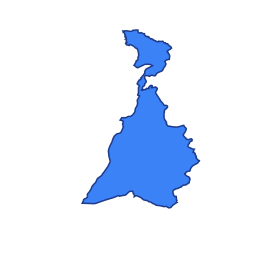 Lampung Barat, Lampung, Indonesia, rotated 65°
{"feature_id": "22746128B74428971192525", "entity_name": "Lampung Barat", "entity_type": "district", "adm_level": 2, "iso_a3": "IDN", "parent_name": "Indonesia", "parent_adm1": "Lampung", "projection": "equal_earth", "projection_center": [104.16, -5.077], "detail": "fine", "context": "isolated", "style": "filled", "palette": "blue", "viewbox_px": 256, "rotation_deg": 65, "n_neighbors": 0, "source": "geoboundaries", "source_scale": "gbopen_adm2", "svg_char_len": 5596}
<svg xmlns="http://www.w3.org/2000/svg" viewBox="0 0 256 256"><g transform="rotate(65 128 128)"><path d="M92.1,81.6L91.6,80.1L91.0,79.5L90.5,78.3L90.6,72.9L90.1,72.0L88.4,69.8L87.4,67.9L86.9,67.6L86.5,66.9L85.9,66.5L84.2,66.4L83.3,66.6L83.0,66.3L82.7,65.0L82.8,62.9L83.3,61.6L80.4,59.8L79.6,59.6L79.0,59.5L77.2,59.9L76.8,59.9L76.4,59.6L76.1,59.7L75.6,60.3L75.2,60.3L75.0,60.1L74.6,58.8L74.5,57.8L74.6,56.9L74.3,56.2L74.1,54.9L72.9,54.7L71.8,55.4L71.1,55.5L69.9,56.4L68.4,56.4L67.7,57.9L66.5,58.1L65.9,59.4L64.1,59.8L63.0,62.7L62.4,63.2L62.7,63.6L62.3,64.0L62.5,64.5L62.3,64.8L61.4,65.9L60.8,66.0L60.2,66.9L59.3,67.3L59.2,67.7L58.9,67.7L58.1,68.0L58.1,68.4L57.1,68.8L57.0,69.3L56.8,69.9L56.2,70.0L55.7,70.5L55.4,70.5L55.1,70.7L54.5,70.8L54.3,70.6L53.8,70.9L53.8,71.5L53.2,71.7L53.0,72.8L52.6,73.1L51.9,73.0L50.8,73.8L49.5,73.2L49.1,74.1L47.2,75.7L47.0,76.3L47.1,76.9L46.6,77.6L45.8,78.2L44.5,78.2L44.0,77.8L43.4,77.6L42.4,79.7L42.2,81.1L41.6,81.8L41.5,82.3L41.9,83.3L41.8,84.1L41.2,85.4L39.4,88.0L37.9,91.7L39.1,91.6L39.4,91.2L39.6,91.6L39.7,91.4L40.2,91.1L40.8,91.1L42.1,91.4L42.3,91.2L42.6,91.4L42.9,91.3L43.1,91.5L43.3,91.3L43.6,91.4L43.8,91.8L44.0,91.5L44.4,91.9L44.5,91.7L44.9,91.5L45.1,91.7L45.8,91.8L46.0,92.1L46.3,92.0L46.4,92.4L46.6,92.0L47.4,92.1L47.7,92.5L48.1,92.7L48.7,92.8L48.8,92.9L49.3,93.1L49.6,93.7L50.0,93.7L50.1,93.4L50.5,94.4L51.0,94.0L51.9,94.3L52.9,93.0L53.0,92.5L53.5,92.4L53.7,92.0L53.6,91.3L53.2,90.8L53.5,90.4L56.6,88.1L58.4,87.5L59.4,86.8L59.7,86.1L62.9,86.4L66.6,87.5L68.4,89.3L70.1,89.8L70.5,90.5L70.6,91.0L70.4,92.0L71.2,92.5L72.1,93.6L72.9,94.7L73.8,96.1L74.4,95.6L75.7,95.1L77.5,93.9L77.5,88.0L77.4,86.1L77.5,85.6L78.9,82.5L79.9,80.8L81.9,79.5L82.3,86.9L83.6,88.7L85.3,89.7L85.6,89.7L85.9,90.7L86.4,91.4L87.1,93.1L87.8,94.3L88.1,95.3L88.6,95.0L89.1,95.5L89.5,96.6L89.5,96.9L89.2,97.4L89.6,98.2L90.2,99.2L91.7,101.0L92.9,100.7L93.5,100.2L94.8,99.9L95.1,100.1L95.5,101.0L95.9,101.5L100.4,103.6L102.2,105.3L102.6,105.2L103.0,104.8L103.5,103.9L103.9,104.0L106.7,107.9L109.8,108.9L110.3,109.4L111.2,109.9L113.7,113.3L116.2,114.9L116.6,115.4L117.7,117.5L118.3,119.0L118.5,120.0L118.4,121.4L117.8,122.2L117.6,123.5L117.7,124.3L117.6,126.3L117.4,126.8L116.7,127.5L116.6,128.3L116.0,129.2L117.5,131.8L118.9,130.2L119.7,129.6L120.0,129.8L120.6,129.7L121.5,130.5L121.6,130.9L122.2,131.3L123.4,131.4L124.6,131.8L124.9,131.6L128.6,135.7L129.3,137.3L129.9,137.3L129.4,137.4L129.2,137.7L129.0,138.4L129.0,139.1L128.6,140.4L128.7,141.2L129.1,141.9L129.1,142.3L129.4,143.4L130.2,144.7L131.9,146.7L133.9,148.5L136.1,151.3L137.7,153.1L140.3,155.4L145.6,157.2L150.3,158.1L151.0,158.4L154.2,162.2L158.0,168.7L158.7,170.4L159.4,171.1L159.8,171.7L160.4,174.3L160.6,175.9L161.2,177.5L163.5,180.1L163.8,180.7L164.4,182.4L165.6,185.1L167.1,186.6L168.3,188.1L169.7,190.5L170.7,192.6L171.1,193.0L172.7,193.5L173.0,193.7L173.8,194.8L173.9,195.5L173.9,197.4L174.1,198.4L175.6,199.7L176.8,201.3L182.3,190.6L182.7,188.8L183.6,179.7L185.0,169.9L185.2,165.3L185.8,164.7L186.2,164.6L187.7,158.4L186.2,153.8L186.7,151.4L187.2,150.6L187.0,150.1L187.3,150.5L188.0,150.4L188.6,150.8L189.9,150.9L190.9,150.6L191.8,150.7L192.9,151.4L192.7,149.6L192.9,149.1L193.2,148.6L195.4,146.6L196.8,145.6L199.6,144.3L201.3,142.3L202.1,140.9L203.6,140.4L204.1,139.4L205.3,138.3L206.8,137.6L208.2,136.0L209.1,135.7L209.5,135.4L210.5,134.2L212.0,131.7L214.3,128.9L215.4,126.3L215.7,126.0L216.7,125.5L217.4,125.0L218.1,123.6L218.0,122.4L216.8,119.9L216.8,118.9L216.4,117.2L216.2,115.2L215.9,115.5L215.4,115.4L214.3,114.2L213.2,114.4L212.3,113.8L211.2,113.6L210.5,113.2L210.2,113.3L209.9,114.5L209.4,114.8L208.7,115.0L206.1,114.7L204.6,114.1L203.6,113.3L203.5,112.6L203.6,111.4L203.2,110.5L203.8,109.0L203.8,107.3L203.7,106.1L204.0,104.5L203.4,103.7L203.2,102.8L203.5,101.2L204.1,99.4L203.7,98.0L203.8,97.3L203.4,96.8L203.6,95.9L202.6,95.1L201.5,94.4L200.6,93.4L199.5,93.2L197.9,93.6L196.5,95.0L194.0,96.1L193.7,96.2L193.4,96.0L193.3,95.9L193.3,94.8L192.7,94.4L192.5,93.5L192.6,92.1L193.1,90.3L192.7,89.5L191.6,88.8L191.1,88.3L190.5,87.1L189.9,86.3L189.4,83.5L189.3,81.5L189.4,81.1L189.2,80.0L189.0,79.3L188.4,78.4L188.2,77.6L187.7,77.1L187.1,77.9L184.8,78.7L184.3,78.6L183.5,78.9L182.7,78.1L180.2,78.3L179.6,77.9L178.5,78.3L177.5,79.3L177.1,79.1L176.6,78.1L175.8,77.9L175.3,76.9L174.9,77.6L174.1,78.5L173.8,78.7L172.3,80.1L170.4,81.5L169.7,81.4L168.6,80.5L167.9,78.9L167.1,78.4L166.9,77.9L166.6,76.5L166.9,75.8L166.5,75.5L166.2,75.1L165.7,74.7L165.1,75.1L164.8,75.0L164.6,75.1L164.2,76.5L164.2,78.0L163.0,79.5L162.3,80.0L161.6,79.8L160.0,80.6L158.1,81.0L157.7,80.9L157.3,80.5L155.5,77.5L153.8,75.8L153.3,75.5L152.9,75.4L150.7,76.3L149.2,76.3L149.0,76.7L148.4,81.0L147.8,83.4L145.6,87.4L143.9,89.5L143.5,90.7L141.6,91.5L140.6,91.2L140.2,91.5L139.9,91.4L139.6,90.9L138.6,90.7L136.3,91.2L133.7,91.0L131.9,90.0L130.3,89.4L128.9,88.2L128.5,88.3L127.8,87.6L127.1,87.1L126.8,86.1L126.8,85.5L126.1,83.7L125.6,83.2L124.8,83.0L124.2,83.3L123.6,83.9L122.9,85.6L120.5,86.0L117.8,86.7L117.5,87.1L116.9,87.3L116.4,87.0L108.4,88.1L107.3,88.0L105.0,84.9L104.3,84.7L102.6,85.6L102.3,86.0L102.3,86.3L102.1,87.7L101.8,88.5L101.7,89.4L101.1,89.6L100.6,88.4L99.8,88.2L99.2,88.8L99.1,90.3L100.0,92.1L101.1,92.4L100.9,92.8L99.9,94.4L100.1,95.0L100.6,95.3L100.7,95.7L100.5,96.2L100.1,96.8L100.0,97.4L99.8,97.8L100.0,98.3L99.9,98.8L99.7,99.6L99.4,99.8L99.3,99.4L98.9,99.1L98.8,98.9L98.2,98.1L97.6,97.9L97.1,97.4L96.8,96.9L96.6,95.4L96.1,94.8L94.9,94.1L94.4,92.7L94.0,92.1L93.2,91.7L89.7,91.8L88.1,91.0L87.9,90.0L89.0,87.8L90.0,87.1L90.3,86.5L90.2,85.9L89.8,85.5L90.3,84.1L92.1,81.6Z" fill="#3b82f6" stroke="#1e3a8a" stroke-width="1.5"/></g></svg>